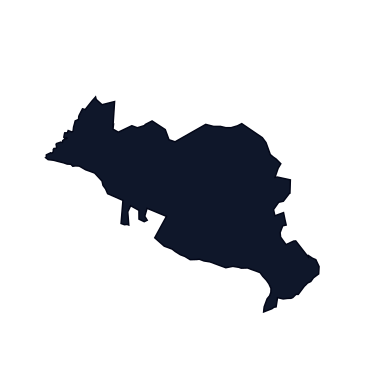 outline of Mikang, Plateau, Nigeria, rotated 23°
{"feature_id": "59680162B72495617993590", "entity_name": "Mikang", "entity_type": "district", "adm_level": 2, "iso_a3": "NGA", "parent_name": "Nigeria", "parent_adm1": "Plateau", "projection": "orthographic", "projection_center": [9.594, 9.02], "detail": "fine", "context": "isolated", "style": "filled", "palette": "ink", "viewbox_px": 384, "rotation_deg": 23, "n_neighbors": 0, "source": "geoboundaries", "source_scale": "gbopen_adm2", "svg_char_len": 2227}
<svg xmlns="http://www.w3.org/2000/svg" viewBox="0 0 384 384"><g transform="rotate(23 192 192)"><path d="M304.8,274.4L311.1,268.3L312.5,266.0L314.3,264.9L312.0,255.8L317.7,254.8L321.7,252.5L324.6,251.2L326.0,249.8L327.7,245.6L329.8,244.7L332.2,234.9L333.1,232.9L333.9,230.7L336.3,228.0L337.3,223.6L337.4,223.4L340.6,217.9L338.1,211.0L332.4,205.9L328.8,205.9L324.0,205.0L324.4,206.4L306.6,196.5L304.8,197.4L299.1,203.7L291.2,198.9L289.0,195.0L288.7,187.7L291.6,185.6L288.5,181.3L284.3,175.2L277.6,181.5L273.9,176.3L275.8,167.6L279.7,164.8L282.2,155.1L282.6,154.8L277.8,142.4L264.7,144.9L262.7,146.2L262.0,136.5L262.7,131.3L256.6,128.8L253.2,128.1L249.4,126.9L240.8,117.6L235.5,114.5L211.4,109.7L211.1,109.6L208.0,113.3L202.9,117.5L198.0,119.6L192.6,120.5L186.2,123.2L178.2,124.4L156.8,152.4L150.4,152.9L143.0,145.0L127.5,142.2L122.6,148.1L122.3,149.4L116.6,154.2L110.7,154.5L100.8,165.7L94.7,165.0L93.6,161.3L93.4,161.9L85.4,139.0L75.1,146.8L67.6,144.2L66.1,142.2L64.4,147.3L62.6,153.7L61.5,157.8L58.7,158.2L58.2,164.7L58.2,166.6L59.2,169.5L56.7,172.2L57.2,175.3L57.6,178.5L58.8,182.5L57.9,183.7L54.0,183.8L54.1,186.2L51.7,187.3L52.6,191.7L53.7,192.2L55.0,191.0L55.9,191.2L55.7,192.0L54.3,192.8L52.9,195.2L53.4,196.3L53.1,197.2L51.8,197.3L48.5,200.2L48.2,201.1L50.0,203.9L49.8,204.9L47.9,205.9L47.7,207.0L48.6,209.2L47.7,211.2L46.6,211.1L43.4,214.7L44.3,217.1L43.9,217.6L46.9,218.4L51.7,217.0L62.5,215.3L66.1,215.1L69.7,213.8L72.2,214.9L74.5,213.5L78.1,212.2L85.4,213.1L90.2,212.8L95.0,212.6L102.5,216.0L104.9,217.1L107.5,220.7L111.2,222.9L115.0,226.5L131.7,226.7L139.0,248.7L142.6,248.5L145.0,247.2L146.7,247.1L140.6,235.3L140.9,228.6L150.3,229.6L153.8,237.7L159.6,238.0L161.8,235.5L158.0,232.8L157.0,224.6L162.3,224.5L162.6,224.5L178.0,224.4L175.6,248.7L187.6,252.7L191.2,252.5L196.1,252.3L199.7,253.3L205.8,254.3L210.7,254.1L216.8,255.0L222.7,252.3L225.0,251.0L229.9,250.8L235.8,249.3L244.3,248.9L244.5,248.9L250.3,248.6L252.7,248.5L258.6,244.5L264.6,243.0L267.0,242.9L272.9,240.2L276.6,240.1L281.4,239.8L286.2,239.6L290.0,241.9L294.9,244.1L298.6,246.4L299.9,247.6L302.4,249.9L303.8,253.5L304.0,257.2L302.9,260.9L303.0,263.4L303.3,269.5L304.0,271.9L304.8,274.4Z" fill="#0f172a" stroke="#020617" stroke-width="1.5"/></g></svg>